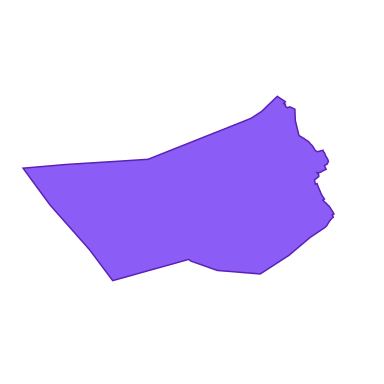 outline of Magdalena Tlacotepec, Oaxaca, Mexico, rotated 330°
{"feature_id": "50627088B48372928795218", "entity_name": "Magdalena Tlacotepec", "entity_type": "district", "adm_level": 2, "iso_a3": "MEX", "parent_name": "Mexico", "parent_adm1": "Oaxaca", "projection": "albers", "projection_center": [-95.197, 16.516], "detail": "fine", "context": "isolated", "style": "filled", "palette": "violet", "viewbox_px": 384, "rotation_deg": 330, "n_neighbors": 0, "source": "geoboundaries", "source_scale": "gbopen_adm2", "svg_char_len": 1590}
<svg xmlns="http://www.w3.org/2000/svg" viewBox="0 0 384 384"><g transform="rotate(330 192 192)"><path d="M57.6,86.9L60.5,113.8L62.6,132.5L74.4,190.7L79.0,229.1L118.8,239.3L155.4,248.7L156.5,251.3L174.7,272.6L210.1,297.1L244.4,295.3L271.6,290.4L284.7,289.5L288.5,289.3L290.3,289.0L292.2,288.4L293.5,287.6L296.5,286.1L297.8,285.5L300.0,284.7L300.5,284.6L301.4,284.6L301.7,284.5L301.8,284.2L301.9,282.0L302.2,281.9L303.0,282.1L303.4,282.2L304.0,282.0L304.0,279.7L303.9,277.2L303.8,274.3L303.7,273.0L302.9,270.5L302.7,269.4L302.5,268.5L302.0,267.4L301.3,264.5L301.5,264.4L303.2,264.3L302.9,260.6L303.0,257.4L303.4,255.3L303.5,253.3L303.6,253.1L303.8,251.6L304.2,249.1L304.5,247.2L302.8,246.9L304.1,242.8L306.3,242.5L306.5,242.5L307.8,242.2L309.5,242.0L310.3,240.4L310.6,240.0L310.6,238.9L310.0,238.9L310.0,237.8L310.7,238.5L313.6,239.2L315.2,239.1L318.1,239.3L319.5,239.5L319.6,238.3L319.7,237.1L320.0,235.4L321.8,235.4L323.2,235.4L324.1,234.6L325.5,233.7L325.5,233.3L325.8,232.1L325.9,231.2L325.9,230.0L325.9,228.5L325.8,228.3L325.7,228.1L325.9,227.1L326.2,225.3L326.3,223.9L326.0,222.8L326.0,222.3L326.4,221.4L320.7,219.8L319.4,217.5L319.5,215.9L319.5,214.5L319.3,211.9L319.3,211.7L318.7,209.9L318.1,206.5L316.6,203.6L315.9,202.2L315.8,201.8L315.8,201.5L315.2,200.9L314.1,198.7L312.9,196.6L315.5,187.6L317.2,181.8L322.5,171.7L322.4,171.6L319.9,167.9L319.0,167.0L316.7,166.8L316.4,165.6L315.9,165.2L316.2,162.7L316.7,162.6L315.6,161.3L318.0,160.5L313.7,151.8L292.6,157.0L279.8,157.7L170.3,141.7L149.0,131.2L96.7,105.2L57.6,86.9Z" fill="#8b5cf6" stroke="#5b21b6" stroke-width="1.5"/></g></svg>